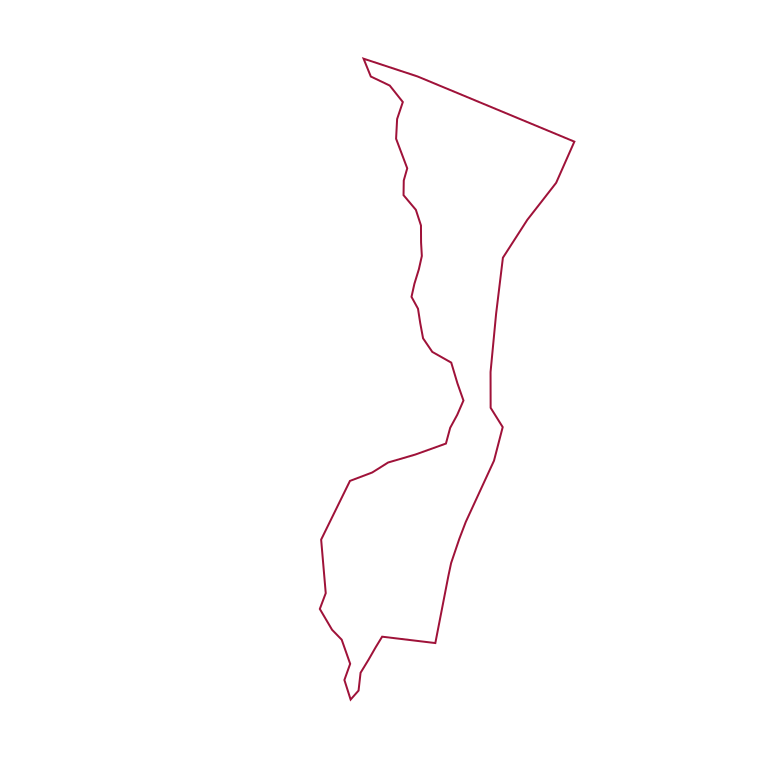 Mathare, Nairobi, Kenya, rotated 295°
{"feature_id": "3690345B9508025131966", "entity_name": "Mathare", "entity_type": "district", "adm_level": 2, "iso_a3": "KEN", "parent_name": "Kenya", "parent_adm1": "Nairobi", "projection": "natural_earth1", "projection_center": [36.859, -1.256], "detail": "fine", "context": "isolated", "style": "outline", "palette": "rose", "viewbox_px": 768, "rotation_deg": 295, "n_neighbors": 0, "source": "geoboundaries", "source_scale": "gbopen_adm2", "svg_char_len": 883}
<svg xmlns="http://www.w3.org/2000/svg" viewBox="0 0 768 768"><g transform="rotate(295 384 384)"><path d="M670.2,228.0L657.1,242.1L656.9,263.1L647.5,281.9L629.7,283.9L611.4,291.3L589.3,313.9L576.8,315.9L563.4,321.9L555.3,339.3L543.3,350.5L527.9,357.8L516.0,364.2L502.8,367.1L487.7,369.2L474.6,372.1L466.6,383.0L454.5,391.1L441.9,400.1L433.5,414.2L431.8,435.9L415.6,450.3L402.6,463.0L387.0,463.4L372.3,462.5L356.2,465.3L333.3,442.2L314.6,420.9L298.8,410.7L281.8,394.1L216.4,392.8L169.8,419.6L153.0,420.9L139.3,440.8L134.4,453.7L116.1,471.6L99.0,473.2L83.9,487.1L95.4,490.5L112.4,484.8L127.5,486.5L141.7,487.7L154.2,489.1L170.9,540.0L237.1,523.5L250.1,520.5L275.5,517.7L293.5,516.4L361.0,516.1L395.1,509.8L407.5,490.7L439.9,475.5L495.1,455.9L548.7,438.4L593.4,444.5L614.6,449.4L639.1,455.0L684.1,454.1L676.9,284.4L670.2,228.0Z" fill="none" stroke="#9f1239" stroke-width="2"/></g></svg>